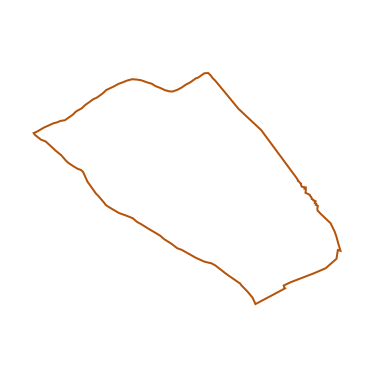 Ondo West, Ondo, Nigeria, rotated 55°
{"feature_id": "59680162B72514771239598", "entity_name": "Ondo West", "entity_type": "district", "adm_level": 2, "iso_a3": "NGA", "parent_name": "Nigeria", "parent_adm1": "Ondo", "projection": "mercator", "projection_center": [4.735, 6.975], "detail": "fine", "context": "isolated", "style": "outline", "palette": "amber", "viewbox_px": 384, "rotation_deg": 55, "n_neighbors": 0, "source": "geoboundaries", "source_scale": "gbopen_adm2", "svg_char_len": 2219}
<svg xmlns="http://www.w3.org/2000/svg" viewBox="0 0 384 384"><g transform="rotate(55 192 192)"><path d="M297.1,96.4L282.7,99.3L281.1,99.4L279.9,99.8L278.9,99.6L277.7,99.0L277.3,98.7L276.7,98.0L275.9,97.3L275.7,97.0L275.3,97.3L275.1,97.1L274.7,97.2L274.3,97.3L274.1,97.4L273.9,97.6L273.5,97.9L273.4,97.7L272.8,96.9L271.8,97.6L271.4,97.8L270.9,97.0L270.5,96.1L270.1,96.4L269.2,97.0L268.9,97.2L268.8,96.9L267.5,97.3L266.5,97.9L266.3,97.7L266.1,97.5L265.6,97.5L264.3,97.2L264.0,97.4L263.5,97.4L262.8,97.4L262.4,97.2L262.1,97.1L261.9,97.2L261.5,97.3L261.2,97.6L260.9,97.7L257.7,99.5L256.0,97.9L255.5,97.5L253.8,96.4L253.7,97.9L253.2,97.6L252.5,97.1L251.6,98.1L250.7,99.0L249.4,98.8L248.5,98.5L247.6,97.9L247.3,98.2L244.6,98.4L243.7,98.9L243.2,98.5L242.5,98.4L241.6,98.4L241.2,98.3L233.4,98.5L225.0,98.7L181.0,99.8L150.6,106.2L143.0,106.8L132.3,107.6L114.0,109.1L110.6,109.8L107.2,109.8L103.8,110.5L101.8,113.9L101.8,118.7L101.8,121.5L101.1,123.5L101.2,130.3L100.5,135.8L100.5,140.6L99.9,145.4L99.4,147.1L98.6,150.2L96.5,152.9L93.1,155.7L88.4,158.4L84.3,161.2L80.3,162.8L77.7,164.9L76.2,166.1L72.6,168.6L71.4,169.5L68.7,172.2L65.3,176.3L63.3,181.8L62.6,185.2L61.3,190.0L60.7,195.5L60.0,199.6L59.3,203.7L60.0,208.5L60.1,212.6L60.1,216.0L59.4,219.4L59.5,229.7L60.2,234.4L59.5,240.6L60.3,245.4L60.3,248.8L60.3,252.2L60.3,254.9L58.3,259.1L57.6,262.5L56.3,265.9L55.0,272.7L54.3,276.2L53.7,283.8L52.9,287.9L55.7,287.8L57.8,287.1L59.7,286.5L62.5,285.7L66.6,282.9L72.0,281.7L72.7,281.5L79.5,280.1L87.0,278.0L93.8,277.3L97.2,276.6L102.6,274.5L107.4,272.4L110.1,270.4L112.8,269.7L116.2,270.3L123.7,271.7L131.9,271.6L138.0,271.6L142.1,270.9L151.0,270.1L153.0,270.1L155.1,269.4L161.2,266.7L167.3,263.9L174.1,259.1L179.5,255.6L184.9,254.2L187.8,252.8L188.5,252.4L197.2,248.7L203.3,245.9L209.4,243.2L214.8,241.8L222.7,238.5L229.5,236.4L233.5,233.6L248.1,226.6L256.3,221.7L261.7,216.9L265.8,214.9L277.3,211.4L281.4,210.0L288.9,207.2L293.0,205.7L294.3,205.1L296.4,205.1L305.2,203.7L313.4,203.0L320.2,204.3L324.3,171.0L322.8,171.1L321.2,170.5L322.5,162.9L328.5,138.8L331.1,126.1L329.6,112.0L323.2,105.8L325.3,104.1L318.3,101.8L312.5,99.7L310.8,99.1L306.4,97.9L306.0,97.8L297.1,96.4Z" fill="none" stroke="#b45309" stroke-width="2"/></g></svg>